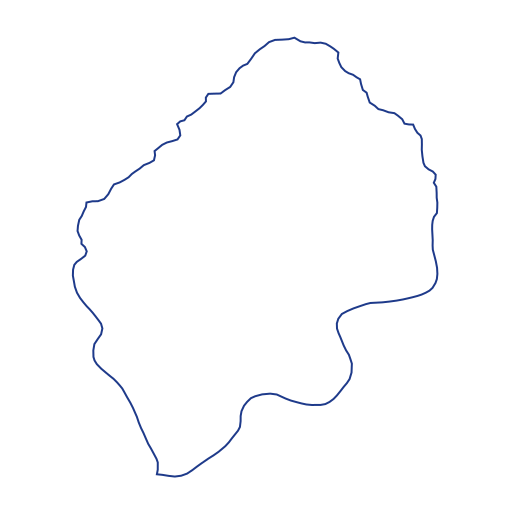 the district of Cristais, Minas Gerais, Brazil, rotated 267°
{"feature_id": "56859067B19723843518718", "entity_name": "Cristais", "entity_type": "district", "adm_level": 2, "iso_a3": "BRA", "parent_name": "Brazil", "parent_adm1": "Minas Gerais", "projection": "robinson", "projection_center": [-45.56, -20.812], "detail": "fine", "context": "isolated", "style": "outline", "palette": "blue", "viewbox_px": 512, "rotation_deg": 267, "n_neighbors": 0, "source": "geoboundaries", "source_scale": "gbopen_adm2", "svg_char_len": 3180}
<svg xmlns="http://www.w3.org/2000/svg" viewBox="0 0 512 512"><g transform="rotate(267 256 256)"><path d="M427.0,369.2L429.2,365.8L431.9,362.4L433.7,358.1L436.0,354.7L440.1,351.1L444.4,349.3L448.9,347.9L454.9,348.9L458.9,344.5L461.4,341.2L464.3,336.8L465.7,331.7L465.5,325.8L466.5,320.6L466.7,316.2L468.1,311.6L472.0,305.8L470.8,300.1L470.7,293.5L470.8,286.3L468.9,280.2L465.2,275.5L462.3,270.7L458.5,265.5L453.1,261.4L448.3,257.4L446.8,253.1L444.4,249.4L440.6,245.8L435.7,243.5L430.7,242.5L426.2,239.1L423.3,233.9L420.1,229.1L420.3,222.9L420.4,216.9L416.8,214.2L413.0,214.1L409.6,210.8L406.5,207.3L403.1,202.4L400.6,198.7L398.9,194.3L395.3,191.6L394.4,187.4L391.8,184.1L386.0,186.2L380.4,186.7L376.5,183.7L375.1,178.3L374.0,172.9L371.9,168.1L368.7,163.8L366.1,160.2L361.9,160.5L356.9,159.1L354.6,154.6L352.6,148.7L349.3,144.3L346.6,139.7L344.4,136.3L341.3,132.9L338.9,128.6L336.6,123.7L334.9,117.9L330.8,114.9L325.4,111.7L320.9,107.4L319.0,101.0L319.2,95.4L318.3,89.5L313.9,88.8L309.6,86.3L305.1,84.1L301.4,81.4L295.5,79.8L290.3,79.1L285.8,80.5L281.3,82.7L277.3,82.3L273.9,85.6L269.5,87.2L265.3,85.5L262.3,81.2L259.5,76.7L256.7,74.1L251.9,72.6L246.0,72.1L240.5,72.8L234.8,73.5L228.7,75.3L223.3,78.1L218.8,81.2L214.7,84.3L211.6,87.0L207.8,90.0L203.7,92.9L199.6,95.7L196.5,97.7L191.7,98.8L185.9,97.2L181.6,93.8L176.5,90.0L170.2,88.6L163.7,88.4L160.1,89.3L156.3,91.4L151.5,95.6L147.0,100.4L143.8,103.9L140.7,107.4L137.0,110.7L133.7,113.3L130.7,115.5L127.1,117.3L121.9,119.8L116.1,122.8L110.7,125.2L105.9,127.0L101.7,128.6L95.9,130.2L90.2,132.2L85.3,134.3L79.4,136.5L74.1,138.5L69.3,141.0L63.6,143.7L58.7,146.0L55.0,147.1L47.7,146.7L43.2,145.6L42.4,150.8L41.0,157.3L40.0,163.4L40.5,169.8L42.3,175.8L45.5,181.2L48.9,186.2L51.8,190.7L56.1,197.7L59.3,203.4L62.3,208.2L64.9,211.7L67.7,215.4L71.4,219.2L75.1,222.3L78.7,225.5L82.5,228.9L86.1,231.0L91.9,232.0L97.0,232.3L101.8,233.4L107.1,236.2L110.8,239.5L114.3,243.5L116.0,247.9L117.5,254.9L117.8,263.0L116.6,269.5L114.5,273.5L112.1,278.1L109.8,283.3L107.9,289.0L106.4,293.7L105.1,298.5L104.3,303.9L104.1,308.4L103.9,312.7L104.5,317.5L106.4,321.8L109.2,326.0L112.5,329.5L116.5,333.1L120.8,336.8L124.3,340.1L128.2,343.0L134.6,345.3L143.5,346.1L148.4,344.8L152.5,343.6L157.1,341.0L162.0,338.9L166.1,337.5L170.5,336.0L174.7,334.4L179.3,333.1L184.4,333.2L189.0,334.9L193.6,338.7L196.2,344.2L198.6,350.7L200.6,357.6L202.2,363.3L203.1,367.8L203.1,373.7L203.1,379.8L203.5,386.8L204.1,394.1L204.9,400.4L205.7,405.1L206.6,410.1L207.7,415.3L208.8,419.3L210.4,423.5L212.3,427.4L214.9,430.6L219.6,433.8L223.5,435.4L228.6,436.2L234.7,436.2L241.3,435.3L247.7,434.0L253.0,432.9L257.2,432.9L262.4,433.3L267.8,433.3L273.4,433.3L277.9,433.6L281.9,434.3L285.8,435.8L289.4,438.9L294.5,439.5L299.8,439.9L304.7,439.5L309.5,439.7L315.8,439.7L319.8,437.4L323.5,439.2L327.8,439.7L331.1,437.0L333.5,432.9L336.8,429.4L340.3,428.1L347.0,427.4L353.4,427.1L358.7,427.5L364.1,427.7L367.7,426.6L370.6,423.6L374.5,421.4L379.0,419.8L379.4,415.4L380.4,411.2L384.9,409.2L388.7,405.1L391.4,401.7L392.6,395.9L394.9,390.6L396.3,385.9L399.8,382.5L403.3,377.6L409.3,375.9L413.3,375.0L416.2,371.4L422.3,369.9L427.0,369.2Z" fill="none" stroke="#1e3a8a" stroke-width="2"/></g></svg>